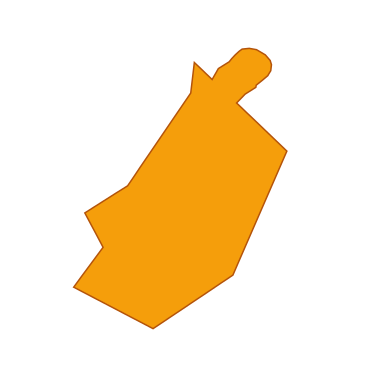 the district of Schiermonnikoog, Friesland, Netherlands, rotated 313°
{"feature_id": "6326949B70840390400292", "entity_name": "Schiermonnikoog", "entity_type": "district", "adm_level": 2, "iso_a3": "NLD", "parent_name": "Netherlands", "parent_adm1": "Friesland", "projection": "mercator", "projection_center": [6.273, 53.477], "detail": "fine", "context": "isolated", "style": "filled", "palette": "amber", "viewbox_px": 384, "rotation_deg": 313, "n_neighbors": 0, "source": "geoboundaries", "source_scale": "gbopen_adm2", "svg_char_len": 904}
<svg xmlns="http://www.w3.org/2000/svg" viewBox="0 0 384 384"><g transform="rotate(313 192 192)"><path d="M159.1,278.6L172.8,273.7L224.3,255.5L286.6,233.5L287.3,182.8L287.3,178.5L287.4,173.2L287.5,163.9L299.8,164.1L312.1,167.3L313.9,166.1L322.0,167.3L328.8,168.1L330.4,167.7L334.4,166.9L339.3,163.3L341.5,159.5L342.3,152.1L340.1,142.1L336.1,135.9L330.7,131.2L327.0,130.5L323.1,130.2L321.5,130.1L316.6,130.1L312.6,130.4L300.3,127.1L288.0,130.0L288.1,123.9L288.1,121.4L288.2,116.9L288.3,105.4L275.9,114.5L263.5,123.6L252.4,125.3L241.3,127.0L230.2,128.7L219.2,130.4L208.1,132.1L197.0,133.8L185.9,135.5L174.8,137.2L163.8,139.0L152.6,140.7L139.1,137.1L125.6,133.6L114.5,130.7L103.6,127.9L99.4,140.1L95.2,152.4L90.9,164.7L78.6,166.1L66.3,167.5L54.0,168.9L41.7,170.4L48.5,195.1L57.0,225.9L65.5,256.7L83.8,261.0L129.1,271.6L144.7,275.2L159.1,278.6Z" fill="#f59e0b" stroke="#b45309" stroke-width="1.5"/></g></svg>